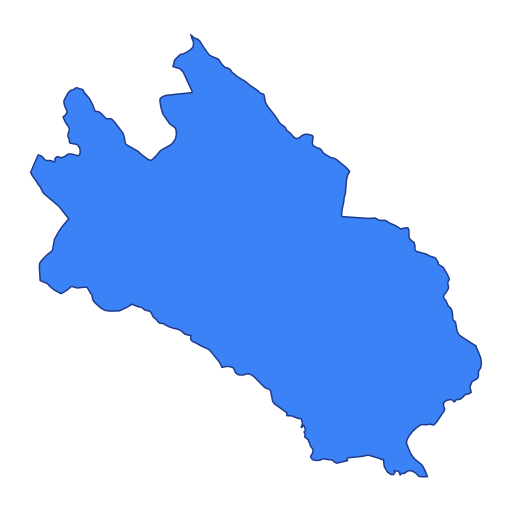 Cam Thuy, Thanh Hóa, Vietnam (Mercator projection)
{"feature_id": "81297802B68109668722051", "entity_name": "Cam Thuy", "entity_type": "district", "adm_level": 2, "iso_a3": "VNM", "parent_name": "Vietnam", "parent_adm1": "Thanh Hóa", "projection": "mercator", "projection_center": [105.467, 20.205], "detail": "fine", "context": "isolated", "style": "filled", "palette": "blue", "viewbox_px": 512, "rotation_deg": 0, "n_neighbors": 0, "source": "geoboundaries", "source_scale": "gbopen_adm2", "svg_char_len": 5948}
<svg xmlns="http://www.w3.org/2000/svg" viewBox="0 0 512 512"><path d="M40.2,280.6L47.2,283.5L50.8,287.2L53.8,289.7L60.7,293.6L61.7,293.4L66.9,290.2L70.5,287.1L71.4,286.6L72.1,286.5L75.6,287.6L77.9,287.9L86.7,287.0L87.4,287.8L90.9,293.9L92.4,294.8L92.1,295.8L92.6,299.3L93.6,301.1L94.7,302.5L100.5,307.8L104.5,310.1L106.6,310.7L110.5,311.1L118.3,310.9L119.7,310.7L127.2,307.2L132.0,304.2L137.5,306.5L141.2,307.3L142.0,307.6L144.2,309.6L145.1,310.1L149.2,311.1L150.2,311.6L151.4,313.1L152.6,315.9L153.3,316.8L154.3,317.9L156.5,319.6L157.6,321.4L159.5,323.1L163.2,323.6L168.4,326.5L172.9,328.1L177.8,329.2L180.0,330.1L181.4,331.0L184.6,334.0L187.0,334.8L190.9,335.5L190.6,338.6L191.1,340.0L192.3,341.3L196.9,343.5L201.4,346.1L208.0,349.0L209.5,350.1L212.5,353.5L219.0,361.6L221.0,365.0L221.9,367.4L225.7,366.6L227.5,366.4L229.5,366.6L232.1,367.3L233.1,367.7L234.5,370.2L235.4,372.6L236.0,373.2L238.0,374.6L239.7,375.0L243.3,375.0L246.7,373.9L248.3,373.9L250.2,374.2L253.1,376.0L255.9,378.5L261.0,383.9L264.5,387.2L266.1,388.3L269.1,389.2L269.8,389.6L270.7,391.3L272.4,400.2L273.2,402.2L274.4,403.8L286.9,412.8L286.8,415.6L291.7,415.9L298.1,418.4L299.5,418.6L300.9,418.5L302.2,421.8L302.4,423.9L301.2,426.9L301.4,427.4L301.8,427.4L303.3,425.6L303.7,425.4L305.2,428.8L305.4,430.3L304.1,432.0L305.1,434.6L304.8,437.0L306.5,438.5L308.2,439.6L308.8,441.7L310.0,443.8L310.3,445.8L311.0,447.0L312.9,449.1L313.1,450.2L312.6,452.8L311.9,454.4L310.6,456.3L311.2,458.0L312.0,459.1L312.9,459.7L314.2,460.1L316.0,460.4L319.8,460.3L322.7,458.9L324.9,458.9L326.4,459.3L332.4,460.1L334.2,461.9L336.6,463.2L347.4,460.7L347.6,460.4L346.9,459.2L346.9,458.6L347.2,458.1L348.0,457.8L361.9,456.4L368.2,455.1L379.7,458.5L381.3,459.5L383.4,459.4L384.3,466.7L384.7,467.4L387.6,472.2L391.0,474.5L393.1,474.6L393.6,474.4L394.5,473.4L395.0,472.5L394.2,471.1L394.4,470.7L398.0,471.2L398.6,471.5L399.2,472.5L399.9,474.5L400.2,474.9L401.7,473.3L403.8,473.5L405.1,472.9L407.0,471.5L409.0,470.6L411.2,470.9L414.4,472.1L417.0,474.3L418.1,475.7L419.4,476.5L423.3,476.8L427.4,476.6L425.1,470.6L422.5,465.8L420.8,463.9L414.9,459.2L413.2,457.3L410.8,453.8L407.9,447.0L406.5,443.1L406.8,440.5L407.5,438.8L409.0,436.0L412.3,431.8L415.5,428.6L419.2,425.7L422.0,424.5L426.5,424.8L429.7,424.1L432.4,424.9L433.5,424.9L434.5,424.5L436.9,421.7L444.5,410.3L444.6,408.7L443.9,407.3L443.6,405.8L443.5,403.1L445.5,401.0L447.8,400.0L451.0,399.6L452.6,400.2L454.3,402.0L455.7,400.3L456.6,399.7L457.5,399.4L458.7,399.6L460.9,398.8L463.3,396.7L464.9,394.8L465.8,394.4L468.7,393.9L471.2,392.3L470.0,387.4L470.1,386.4L471.9,382.1L472.6,381.3L476.5,379.1L477.5,378.2L478.2,377.1L478.4,375.9L478.5,371.6L479.5,369.5L480.4,368.4L481.1,365.9L481.3,362.6L480.9,358.6L479.1,353.7L476.4,347.7L476.1,346.1L460.8,336.2L459.0,334.8L457.8,332.6L457.0,330.7L455.6,322.6L455.0,321.6L452.9,319.7L452.6,318.0L452.7,316.1L452.0,310.7L450.5,307.9L448.3,306.0L445.7,300.3L444.4,298.9L443.6,297.3L443.7,295.5L446.6,291.7L448.4,288.4L448.5,286.7L447.9,284.1L447.8,282.5L448.2,281.2L449.1,280.0L449.3,278.8L447.1,274.0L443.5,267.8L442.2,266.7L438.3,264.4L438.1,263.7L438.3,262.7L435.6,258.2L434.8,257.6L429.7,256.0L426.5,254.2L417.1,251.6L415.6,250.7L414.9,249.7L415.0,246.1L414.2,242.9L413.7,242.1L411.3,240.6L409.2,238.0L409.0,236.0L408.9,230.4L408.3,228.3L407.7,227.7L403.9,228.1L400.7,229.0L395.7,225.7L389.0,222.8L385.5,220.4L379.3,220.3L375.2,218.0L367.8,218.4L342.2,216.6L341.6,215.7L341.6,213.8L342.1,209.7L343.8,201.5L344.0,198.4L345.4,193.3L346.5,180.0L347.6,175.1L349.5,171.9L349.6,171.2L345.4,166.8L336.3,159.4L334.2,158.3L330.8,157.6L326.3,155.0L323.4,153.0L321.0,149.5L319.7,148.5L316.8,147.6L313.7,146.0L312.5,144.4L312.3,142.9L313.1,136.7L313.0,136.3L312.0,135.4L309.7,134.7L307.0,134.2L304.7,134.4L302.0,135.5L299.3,137.7L298.1,138.2L296.4,138.5L295.4,138.3L293.1,136.4L290.3,133.1L287.5,131.0L286.7,130.2L285.0,127.1L280.6,123.9L279.3,122.4L277.4,119.3L274.1,114.6L267.1,105.5L265.8,103.2L265.2,101.5L264.2,95.7L263.7,94.4L263.2,94.0L261.0,93.4L259.9,92.7L258.2,91.0L254.4,88.2L250.9,86.1L245.7,81.7L237.4,76.7L231.8,72.0L230.9,70.5L229.4,68.9L227.3,67.9L225.5,67.6L224.3,66.8L221.8,64.2L218.6,59.4L217.8,58.8L211.9,56.5L209.4,55.1L206.6,51.5L201.9,44.6L199.8,41.0L197.5,39.1L195.3,38.4L193.4,37.4L192.3,36.1L191.1,35.2L191.7,37.7L193.5,42.2L193.4,44.8L193.1,46.7L191.9,48.3L189.9,50.1L187.4,51.8L184.8,53.2L182.7,54.1L180.8,54.3L179.7,55.0L175.4,59.2L174.3,60.9L173.8,63.8L172.9,66.3L173.1,66.6L179.0,68.4L180.2,68.9L183.4,72.4L192.3,91.8L192.0,92.3L191.2,92.7L166.3,95.3L162.4,96.7L160.6,98.2L160.0,99.1L160.0,101.5L160.8,106.7L162.8,113.8L169.1,123.0L170.5,124.5L174.2,127.0L175.2,128.1L175.8,129.4L176.2,131.0L176.3,135.1L175.5,138.6L173.3,142.2L172.1,143.5L170.8,144.7L162.0,149.7L159.8,151.3L156.8,155.1L152.2,159.7L151.0,160.3L149.8,160.2L147.3,158.9L140.8,154.0L138.2,151.4L126.1,144.5L125.3,143.3L124.3,137.4L123.4,134.2L122.7,132.8L114.8,122.3L112.3,119.6L111.3,118.9L110.4,118.7L107.7,118.9L106.5,118.7L105.7,118.3L101.4,113.7L98.9,111.8L95.3,111.2L94.2,109.2L92.8,105.0L89.4,98.6L84.9,93.2L82.7,89.6L82.1,89.3L79.5,88.8L77.3,87.8L76.3,87.9L75.3,88.2L73.7,89.5L70.9,90.3L69.2,91.6L67.6,93.6L64.4,99.7L63.9,101.1L63.9,102.3L64.5,105.5L66.9,110.9L67.0,111.6L66.6,113.2L65.7,114.7L63.2,116.9L63.2,117.3L65.1,121.6L67.1,125.0L68.4,126.4L69.4,129.1L69.3,130.4L68.2,133.1L67.9,135.8L68.0,136.7L69.3,139.2L69.4,142.1L69.8,142.8L70.4,143.2L76.4,144.3L77.8,145.0L79.8,148.5L80.1,149.7L80.1,153.1L79.4,155.1L78.7,155.6L76.9,155.5L71.8,154.1L68.8,153.9L67.1,154.7L64.7,156.6L61.6,157.6L60.9,157.7L58.2,156.8L56.6,156.8L56.1,157.2L55.0,158.7L54.8,161.8L54.3,162.0L51.1,160.6L45.9,160.5L44.6,159.5L43.1,157.6L41.2,155.9L38.2,154.9L34.4,163.4L30.7,172.4L32.2,175.5L35.7,180.2L38.5,184.9L40.0,186.6L43.2,192.7L44.0,193.7L58.9,206.3L68.7,218.8L62.4,226.3L58.9,231.4L54.5,239.2L52.4,250.6L46.7,255.1L42.5,259.4L40.7,261.6L39.6,263.6L39.3,266.7L40.2,280.6Z" fill="#3b82f6" stroke="#1e3a8a" stroke-width="1.5"/></svg>